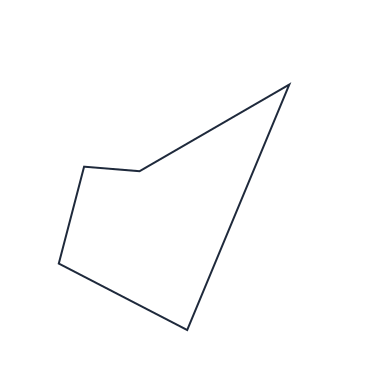 an SVG outline of Boe, rotated 225°
{"feature_id": "NRU-4971", "entity_name": "Boe", "entity_type": "state/province", "adm_level": 1, "iso_a3": "NRU", "parent_name": "Nauru", "parent_adm1": "", "projection": "albers", "projection_center": [166.917, -0.541], "detail": "fine", "context": "isolated", "style": "outline", "palette": "slate", "viewbox_px": 384, "rotation_deg": 225, "n_neighbors": 0, "source": "natural_earth", "source_scale": "10m", "svg_char_len": 235}
<svg xmlns="http://www.w3.org/2000/svg" viewBox="0 0 384 384"><g transform="rotate(225 192 192)"><path d="M199.2,336.8L97.8,91.0L235.6,47.2L286.2,133.6L243.8,169.6L199.2,336.8Z" fill="none" stroke="#1e293b" stroke-width="2"/></g></svg>